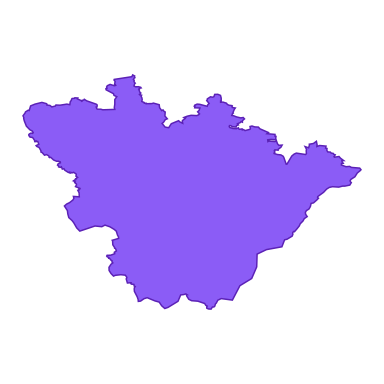 the district of Loughrea Lea-5, Galway, Ireland
{"feature_id": "5873133B84872998039455", "entity_name": "Loughrea Lea-5", "entity_type": "district", "adm_level": 2, "iso_a3": "IRL", "parent_name": "Ireland", "parent_adm1": "Galway", "projection": "robinson", "projection_center": [-8.446, 53.152], "detail": "fine", "context": "isolated", "style": "filled", "palette": "violet", "viewbox_px": 384, "rotation_deg": 0, "n_neighbors": 0, "source": "geoboundaries", "source_scale": "gbopen_adm2", "svg_char_len": 5934}
<svg xmlns="http://www.w3.org/2000/svg" viewBox="0 0 384 384"><path d="M351.3,182.6L350.3,181.6L350.1,180.6L351.0,179.3L354.9,176.8L357.3,173.0L360.5,170.4L361.0,169.7L359.7,168.1L351.4,167.4L349.6,166.4L346.0,166.7L341.4,165.0L341.5,163.5L343.2,163.3L342.1,161.8L341.9,160.7L343.7,160.6L340.5,158.2L339.0,156.5L334.4,157.2L334.0,156.7L335.2,154.8L333.6,154.2L333.2,153.4L331.2,153.1L330.4,152.1L327.7,151.9L326.8,150.3L327.0,148.5L325.6,148.1L326.0,146.1L319.7,145.5L316.9,146.5L317.1,144.9L316.4,141.3L313.4,143.5L309.3,144.2L309.4,145.2L308.6,147.8L305.1,146.6L306.5,149.3L306.2,150.8L306.4,153.6L305.6,154.5L296.3,153.1L294.1,154.1L291.8,156.0L287.0,164.1L286.2,164.2L283.8,157.4L283.1,156.2L280.9,154.9L277.3,154.5L274.1,153.5L274.4,152.3L274.7,152.3L274.4,150.7L274.9,150.7L275.0,149.8L278.1,150.2L278.2,149.3L280.9,147.3L282.1,145.1L278.8,145.3L277.5,143.8L276.5,141.0L275.0,141.6L268.9,141.1L267.9,141.6L267.7,139.8L271.1,139.4L276.1,139.8L275.7,138.4L276.0,136.4L275.1,136.3L275.0,134.4L267.0,133.7L268.4,132.5L259.9,128.8L258.4,127.1L254.7,126.9L252.0,126.0L250.0,126.5L250.4,128.4L250.0,129.3L245.0,130.6L243.6,129.6L242.3,129.9L242.1,128.9L239.6,129.3L238.9,129.0L238.4,127.8L236.5,128.7L232.9,128.5L229.7,127.5L229.2,126.6L229.5,125.6L230.8,125.6L232.1,126.6L236.1,127.0L236.6,125.5L238.4,124.9L237.5,123.7L240.1,122.7L241.0,121.7L242.4,122.2L242.4,120.7L244.5,118.9L243.2,117.5L240.8,117.9L236.5,116.9L233.5,115.7L231.8,115.5L232.5,113.6L233.3,113.1L233.0,112.5L234.3,109.4L235.3,108.0L232.3,107.5L232.0,106.8L232.3,105.9L231.9,105.6L228.9,105.2L227.3,104.4L226.5,103.2L223.0,102.1L220.6,102.3L220.6,101.0L221.2,100.9L221.2,98.1L220.5,95.4L217.8,94.3L214.7,94.4L213.9,96.7L212.6,97.2L210.5,96.8L207.3,98.9L207.2,99.9L206.7,100.6L209.1,103.4L207.6,105.0L207.2,106.3L199.7,104.3L197.1,104.1L194.7,105.2L194.3,106.2L194.9,106.3L194.7,107.8L199.9,108.0L199.1,110.4L197.6,111.8L199.5,113.9L198.5,114.8L196.9,115.6L191.1,115.3L187.2,116.2L184.1,117.4L184.9,117.7L184.3,117.9L185.1,118.6L182.5,120.5L182.3,121.1L182.7,123.3L180.0,122.0L178.6,120.7L171.3,123.7L168.7,127.7L165.1,127.1L162.1,123.4L163.6,122.2L165.3,119.6L167.3,118.8L164.9,116.0L165.2,112.0L164.0,111.3L163.0,109.9L161.7,110.6L159.6,107.7L159.2,104.7L153.4,103.1L151.8,103.6L146.1,103.7L146.1,103.2L144.3,103.2L144.2,102.5L141.8,101.5L142.2,99.6L141.9,97.8L141.1,96.4L141.6,95.2L139.6,94.8L139.4,94.4L140.3,93.9L140.8,93.0L140.0,92.5L139.0,89.9L139.4,89.2L138.9,89.0L139.6,88.1L141.1,87.9L140.7,87.3L138.4,86.7L135.5,86.8L134.0,86.0L134.7,83.5L135.2,83.2L134.0,81.7L134.2,80.3L133.4,79.5L134.2,78.1L134.9,77.7L134.4,76.9L134.7,76.0L132.7,74.9L131.8,76.7L114.2,79.4L114.0,80.0L115.1,81.4L114.6,84.4L115.4,84.7L115.7,85.4L114.2,85.7L110.1,84.4L107.3,85.7L106.6,87.0L107.0,88.2L105.9,88.7L106.1,89.8L113.5,93.7L114.0,95.4L116.8,96.7L114.8,99.5L114.8,104.1L114.3,107.5L114.8,109.4L102.8,109.8L100.8,109.2L97.6,109.2L96.8,108.8L96.2,107.1L96.9,107.0L97.2,105.8L97.0,104.7L96.3,104.2L86.6,100.8L84.3,99.3L84.0,99.9L82.4,100.3L82.6,100.6L81.8,101.3L80.8,100.4L77.4,98.9L77.8,98.0L74.8,97.8L74.5,98.3L72.1,98.5L71.6,99.2L71.3,100.4L70.3,101.6L69.8,104.7L66.9,104.1L60.0,105.2L55.9,105.0L55.4,106.0L51.8,106.9L49.9,105.4L47.0,105.1L47.0,104.2L46.3,103.6L41.9,102.4L35.0,104.1L30.6,105.9L29.2,110.5L28.2,110.2L25.5,111.9L25.0,113.1L23.0,115.8L23.8,117.6L23.7,118.6L24.3,120.9L26.4,126.2L29.9,129.8L32.2,131.0L33.2,132.6L32.6,133.4L31.0,133.1L29.4,133.9L28.8,134.6L28.9,135.6L30.0,137.1L32.6,137.5L34.5,140.2L34.7,141.4L36.2,140.9L36.5,141.1L36.1,141.6L37.8,141.5L38.8,144.3L36.1,145.6L36.7,146.4L39.1,147.5L40.9,150.7L41.0,152.1L42.2,152.6L44.5,155.2L46.5,154.6L48.7,155.8L49.1,156.7L49.0,157.1L49.6,157.6L50.7,157.3L53.6,160.0L56.7,161.3L58.3,161.2L60.3,161.9L60.4,162.8L58.3,163.6L57.5,165.1L58.5,165.9L58.6,166.9L60.4,167.4L61.4,166.8L62.3,169.1L63.9,168.7L64.8,170.2L68.4,172.5L69.7,172.1L69.7,172.9L70.8,173.1L71.7,172.5L72.7,172.8L73.7,172.3L76.1,174.0L76.3,174.9L75.9,176.1L77.5,177.3L76.9,177.6L76.4,178.8L75.6,178.7L74.6,180.3L74.0,180.5L74.4,180.9L74.1,181.0L74.8,181.2L74.3,181.5L75.1,182.3L74.8,182.7L76.4,184.0L76.5,184.9L75.5,186.6L79.7,188.3L79.3,188.7L79.6,188.9L78.9,189.2L79.1,189.9L77.8,190.3L79.1,192.8L79.3,196.8L73.4,196.4L73.9,198.3L72.9,200.0L69.6,202.6L66.7,204.0L64.4,206.0L67.4,210.6L67.8,213.9L68.8,217.6L72.0,220.5L73.7,222.7L76.7,227.9L79.8,231.1L95.0,226.0L101.8,226.7L105.0,225.1L109.9,226.8L114.2,229.4L116.3,231.2L117.5,235.1L118.5,236.9L118.6,238.4L112.2,240.3L112.6,241.0L112.8,244.8L114.5,247.4L114.6,248.2L115.3,248.4L115.8,249.2L116.4,250.9L114.3,252.3L114.7,253.7L110.7,255.2L107.1,255.3L106.7,256.1L107.1,256.7L108.8,257.6L108.7,258.3L109.6,258.4L111.0,260.2L112.0,260.7L112.0,262.0L112.8,262.9L111.0,264.3L109.0,267.3L109.1,270.5L111.0,273.5L113.5,276.1L115.4,275.3L120.9,274.7L125.3,275.2L126.8,277.2L126.8,277.8L126.2,278.9L127.4,283.0L131.0,282.7L131.2,282.8L130.8,283.5L131.3,284.1L133.9,284.4L134.2,286.1L135.2,286.5L134.4,287.7L134.2,288.9L134.4,291.4L137.2,296.8L138.1,299.4L138.3,301.4L140.6,301.1L144.0,298.7L147.2,297.7L154.9,300.9L159.2,302.1L161.7,305.8L164.8,308.5L168.0,307.4L178.0,301.3L180.7,294.9L183.6,294.6L185.8,293.9L186.7,294.5L186.3,294.5L186.9,296.3L188.8,299.3L191.6,300.7L197.9,301.2L204.7,303.5L205.7,305.2L207.2,306.1L206.7,307.0L206.8,308.2L208.5,309.0L211.1,309.1L212.4,307.0L213.8,307.0L214.7,306.3L215.5,303.8L216.3,303.1L217.8,300.2L221.2,298.6L232.4,300.1L239.9,285.7L251.7,278.5L256.7,266.9L257.1,254.1L266.5,249.6L281.9,246.8L284.6,239.8L287.1,239.2L292.2,236.1L292.9,234.2L292.6,233.1L292.9,232.3L294.0,231.4L294.5,231.7L297.0,228.8L299.3,225.9L300.2,223.8L302.9,221.1L304.3,218.6L307.2,216.6L305.6,214.2L305.4,212.3L306.4,210.6L309.0,209.0L310.4,206.5L311.1,203.4L313.5,202.9L316.8,200.0L318.5,198.2L317.6,197.5L317.7,196.6L323.6,192.3L326.6,189.1L329.3,187.4L332.5,186.7L338.8,187.1L342.6,186.1L344.9,186.1L349.8,185.1L351.3,182.6Z" fill="#8b5cf6" stroke="#5b21b6" stroke-width="1.5"/></svg>